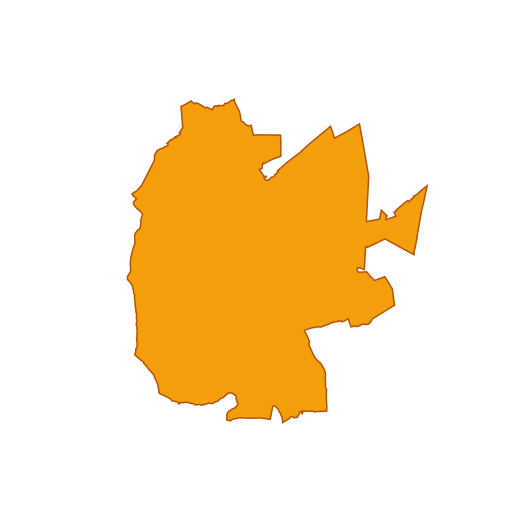 the district of Soltepec, Puebla, Mexico, rotated 38°
{"feature_id": "50627088B13835077338530", "entity_name": "Soltepec", "entity_type": "district", "adm_level": 2, "iso_a3": "MEX", "parent_name": "Mexico", "parent_adm1": "Puebla", "projection": "robinson", "projection_center": [-97.741, 19.123], "detail": "fine", "context": "isolated", "style": "filled", "palette": "amber", "viewbox_px": 512, "rotation_deg": 38, "n_neighbors": 0, "source": "geoboundaries", "source_scale": "gbopen_adm2", "svg_char_len": 6142}
<svg xmlns="http://www.w3.org/2000/svg" viewBox="0 0 512 512"><g transform="rotate(38 256 256)"><path d="M256.2,88.2L252.1,99.1L245.5,114.7L234.9,108.0L228.9,135.3L226.9,147.5L222.7,163.7L221.1,172.5L220.4,176.0L221.7,176.3L220.8,180.1L221.1,180.4L221.2,181.5L221.1,182.8L219.4,184.9L219.6,187.5L219.2,187.6L218.7,188.6L217.2,190.3L213.8,189.0L215.5,187.1L214.9,186.9L213.6,188.4L205.3,185.7L206.9,183.3L204.2,178.8L204.6,178.2L205.4,178.4L208.9,170.8L210.7,167.4L211.1,167.2L214.1,162.0L204.4,149.7L200.9,145.6L181.7,160.3L179.6,162.5L171.7,156.0L170.3,157.9L169.1,158.4L168.6,158.4L167.1,158.9L164.4,158.2L163.4,158.2L161.8,158.9L160.8,158.3L154.3,152.5L143.6,147.4L142.5,145.8L141.9,147.4L140.6,148.7L140.3,150.9L139.2,153.6L137.6,154.7L137.5,155.4L137.8,156.9L137.1,158.0L134.9,159.8L134.3,159.9L133.7,160.7L133.9,160.8L134.1,161.2L133.7,161.8L132.3,162.1L131.0,163.5L130.8,164.0L130.9,164.5L130.8,164.8L131.2,165.5L131.5,167.8L126.3,168.7L125.6,169.3L124.6,170.5L122.9,170.7L122.5,170.5L122.0,170.8L120.2,171.0L119.4,170.9L119.2,171.0L117.7,171.3L117.1,171.2L116.9,171.5L114.5,172.2L114.2,173.7L111.1,174.1L109.4,173.8L107.8,178.1L106.0,182.2L104.8,184.3L119.2,199.9L119.8,206.1L120.4,205.6L121.6,206.8L119.0,211.9L120.0,211.9L118.2,214.7L118.1,216.1L118.1,217.0L117.1,217.1L116.6,221.8L117.1,221.4L118.5,223.2L116.6,226.7L116.3,229.0L115.7,229.0L114.9,229.6L114.5,230.5L113.9,232.5L113.1,234.0L113.5,235.7L113.9,238.5L114.3,239.7L116.7,242.5L117.2,244.0L122.4,270.7L122.2,274.7L121.9,277.9L120.3,282.4L120.1,283.4L122.5,284.3L123.6,284.2L126.7,284.5L126.2,287.8L126.5,289.6L128.5,291.1L133.0,291.9L136.7,291.9L137.8,292.3L140.9,292.8L141.3,293.7L141.9,296.0L142.9,298.1L143.4,299.0L144.3,300.0L145.6,302.0L146.0,302.9L146.6,303.6L147.1,304.6L147.4,305.8L147.4,306.5L147.3,307.5L146.8,309.3L146.8,310.2L147.0,312.8L147.2,313.4L148.6,315.6L152.2,319.7L152.8,320.7L153.1,321.3L153.8,324.0L155.2,327.1L156.1,329.7L157.0,331.1L157.9,333.4L160.1,337.3L161.4,339.0L162.0,339.9L164.1,342.1L165.2,343.5L166.5,344.8L167.3,350.9L168.2,352.6L169.0,353.4L170.8,354.0L173.2,354.3L176.1,355.2L177.9,356.3L178.3,357.0L180.0,358.0L180.6,358.8L181.7,359.6L182.6,360.6L184.9,361.8L185.1,362.1L185.0,362.5L185.1,362.8L186.3,364.2L188.2,365.8L190.0,368.0L191.9,369.9L192.7,370.9L193.4,371.2L195.7,373.8L198.3,376.0L199.6,378.1L201.6,380.1L202.6,381.0L202.9,382.1L204.1,384.1L204.5,384.4L206.5,385.4L206.6,386.4L206.9,386.8L208.7,388.2L209.0,389.0L210.3,390.9L211.8,392.5L212.1,393.2L212.1,393.8L212.2,394.1L213.0,394.6L214.1,396.1L215.3,397.0L216.2,398.3L217.7,400.0L218.3,401.5L218.5,403.1L218.9,403.9L219.9,405.1L220.6,406.5L220.9,407.8L221.3,408.6L221.8,408.6L222.8,408.4L224.6,408.8L225.2,408.7L225.7,408.9L226.7,408.8L228.5,409.0L233.0,408.8L233.7,409.7L235.3,409.9L235.6,409.7L236.7,410.3L238.4,410.5L242.0,411.5L244.8,411.8L249.2,412.8L251.4,414.5L254.0,415.6L258.5,418.4L264.3,423.8L275.8,421.2L278.9,421.8L280.0,421.1L282.3,420.3L284.0,419.3L284.9,419.5L286.0,420.3L286.4,420.0L286.3,418.6L286.4,418.0L286.9,418.2L287.4,417.9L288.0,416.7L288.9,416.5L290.5,414.7L291.2,414.3L292.1,413.5L292.9,413.1L294.5,412.7L295.6,412.0L296.5,411.9L297.0,411.2L297.5,410.9L299.8,410.8L300.3,409.9L300.8,409.5L301.3,409.4L301.6,409.2L302.8,407.8L303.8,407.4L304.9,407.3L305.7,406.0L306.3,405.3L307.0,404.9L307.0,404.0L307.8,403.4L309.5,400.9L311.4,400.1L312.4,398.9L312.9,398.6L313.2,397.3L313.8,396.1L315.6,393.2L315.6,390.7L315.9,390.3L316.3,389.2L317.3,387.9L317.3,387.3L317.7,386.2L317.6,385.2L317.8,384.2L318.5,382.3L318.2,382.1L318.4,381.3L319.4,380.1L320.6,379.5L321.3,378.7L322.3,378.8L323.5,378.4L324.7,378.5L325.2,378.7L325.6,378.6L325.9,378.3L326.8,378.4L327.2,379.0L327.6,380.1L328.1,380.8L328.8,381.1L331.4,383.0L332.3,383.1L332.8,384.2L333.2,386.3L333.2,386.9L332.9,387.7L333.1,388.2L331.4,391.5L330.3,394.4L330.2,395.2L330.1,397.5L331.0,399.5L331.7,400.3L334.0,403.3L334.6,403.1L336.3,402.0L337.0,402.0L337.3,401.7L337.8,399.6L338.5,398.4L341.4,395.3L341.9,394.2L351.0,387.7L352.6,386.1L354.5,384.8L356.3,383.3L358.2,381.5L367.8,375.9L361.8,364.3L362.4,363.2L363.8,362.5L365.1,362.8L367.3,363.0L368.2,363.3L369.0,363.9L372.1,365.1L376.4,367.5L377.0,368.3L377.7,368.7L378.8,370.1L379.5,370.9L380.5,367.9L381.4,366.6L381.7,364.9L382.5,363.0L382.5,361.3L383.9,359.8L385.3,360.2L387.0,358.7L387.9,357.4L387.2,353.6L386.6,351.9L387.6,351.6L389.4,351.7L387.9,349.8L389.5,349.4L389.3,348.7L397.1,342.7L397.7,343.2L399.7,341.2L400.9,340.1L401.1,340.1L407.2,334.6L404.4,330.9L398.7,324.5L395.5,320.2L393.8,317.7L391.9,316.9L387.6,311.6L386.0,309.9L383.9,306.8L381.5,304.4L377.9,302.6L374.1,301.1L371.8,300.6L369.0,300.5L365.9,300.0L361.1,298.1L353.0,293.7L351.5,292.1L350.9,290.5L345.3,287.4L342.0,286.0L340.5,285.5L340.2,284.5L341.5,282.1L342.2,281.2L342.5,280.5L342.9,280.0L343.3,279.7L344.7,277.4L345.4,277.2L345.7,276.6L346.7,275.9L346.9,274.9L347.1,274.6L348.3,274.1L348.9,273.3L351.2,271.8L351.3,270.5L352.4,269.8L352.9,268.3L354.7,266.0L356.5,262.3L357.2,261.5L357.3,261.2L357.2,260.5L358.2,260.3L359.5,258.3L360.6,257.6L360.8,256.7L361.3,256.6L361.6,255.6L362.9,254.8L363.8,255.2L365.0,254.0L365.8,252.6L367.2,248.7L373.6,252.8L374.2,253.5L375.5,252.5L375.7,252.2L375.9,251.0L379.0,249.5L379.3,249.1L379.5,248.0L379.9,247.5L380.4,247.4L380.8,246.9L381.2,245.5L381.2,244.9L384.4,242.2L385.5,241.7L386.2,241.0L386.7,239.8L387.0,237.5L386.5,233.7L395.4,209.5L383.7,198.0L370.3,193.0L364.3,202.5L363.0,202.1L359.5,201.8L354.7,200.7L352.7,200.5L347.0,205.6L344.0,205.0L343.9,204.4L343.1,203.3L344.2,202.2L345.8,201.3L347.6,200.6L349.7,200.0L336.6,181.1L337.6,180.2L338.5,180.6L347.2,163.1L379.7,157.8L378.8,156.3L378.6,156.4L377.6,154.5L376.7,152.5L371.9,142.9L371.0,141.6L366.9,134.0L359.2,119.5L356.9,114.7L355.5,111.4L347.6,95.3L346.3,100.3L346.1,101.8L345.8,102.6L345.0,107.5L344.4,109.8L343.3,111.8L344.2,111.9L343.6,114.9L343.3,118.8L341.5,118.8L341.0,120.2L340.8,121.3L340.1,123.6L339.6,126.7L339.0,129.0L338.3,133.7L338.9,134.0L337.7,136.5L341.8,138.4L335.9,147.5L334.8,146.2L334.6,143.7L326.5,142.7L330.5,150.7L330.7,150.8L322.3,160.3L321.7,160.8L295.8,123.9L278.9,108.5L256.2,88.2Z" fill="#f59e0b" stroke="#b45309" stroke-width="1.5"/></g></svg>